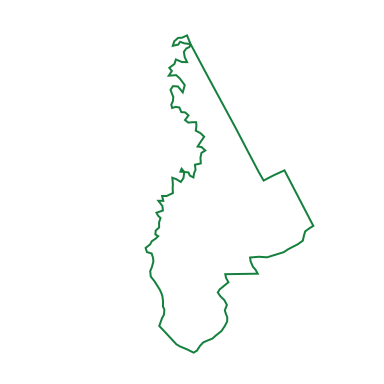 Nova Santa Rosa, Paraná, Brazil, rotated 62°
{"feature_id": "56859067B51788434732632", "entity_name": "Nova Santa Rosa", "entity_type": "district", "adm_level": 2, "iso_a3": "BRA", "parent_name": "Brazil", "parent_adm1": "Paraná", "projection": "orthographic", "projection_center": [-53.986, -24.449], "detail": "fine", "context": "isolated", "style": "outline", "palette": "green", "viewbox_px": 384, "rotation_deg": 62, "n_neighbors": 0, "source": "geoboundaries", "source_scale": "gbopen_adm2", "svg_char_len": 2020}
<svg xmlns="http://www.w3.org/2000/svg" viewBox="0 0 384 384"><g transform="rotate(62 192 192)"><path d="M193.6,233.1L196.9,233.1L200.2,232.0L203.3,235.3L207.9,237.7L209.0,242.1L212.3,244.3L215.1,242.6L216.1,245.9L216.6,250.6L218.6,253.6L219.6,259.2L223.9,260.0L227.3,256.5L231.9,257.3L235.2,258.7L239.5,262.7L242.3,266.1L247.3,268.1L253.3,267.0L262.9,266.3L266.9,266.5L270.2,267.1L275.0,268.9L279.5,271.4L282.8,271.6L287.0,274.2L289.6,278.0L294.9,283.8L306.2,280.7L319.1,277.3L322.7,275.1L328.9,270.0L334.6,266.0L334.4,262.2L331.5,256.9L330.1,252.7L330.4,248.3L331.0,242.8L329.8,237.8L328.6,231.3L325.7,225.9L322.8,221.7L319.2,219.7L315.7,219.3L311.9,218.6L308.1,214.2L302.6,214.2L297.4,215.9L292.8,216.4L291.0,213.3L289.7,206.9L288.8,202.2L283.9,202.3L280.2,201.2L295.0,172.3L290.3,172.4L286.8,173.3L280.8,172.8L277.1,171.5L280.6,163.3L284.9,156.4L288.2,139.2L287.7,134.3L287.7,129.1L287.8,123.0L287.0,117.0L282.9,113.5L279.9,110.5L279.1,105.0L278.9,100.8L216.3,100.2L215.6,112.1L215.5,123.4L205.4,123.7L183.4,123.6L155.3,123.4L112.8,123.7L93.6,123.8L60.7,123.8L62.8,126.3L62.6,129.7L64.5,133.4L69.4,135.1L75.0,135.4L72.6,139.8L67.4,144.0L70.7,147.4L71.7,153.7L75.7,153.0L78.4,157.9L81.4,151.1L85.9,149.5L94.2,148.2L99.7,153.4L92.2,154.9L89.6,159.1L91.8,163.1L99.3,163.9L102.8,166.2L105.2,169.3L108.5,170.1L109.1,166.6L111.4,163.5L116.4,163.9L118.5,160.7L122.7,159.1L125.2,164.4L129.0,162.7L130.6,158.8L132.3,155.6L135.8,157.1L139.6,159.9L143.8,157.0L148.9,155.3L152.1,161.4L154.5,165.7L156.9,162.4L161.6,160.8L161.9,165.3L165.6,168.4L170.9,170.8L169.3,176.6L174.0,178.4L176.3,181.3L179.8,183.9L176.5,186.2L173.1,185.9L170.7,189.4L175.7,193.0L177.9,197.2L173.2,199.9L170.2,202.7L176.3,205.3L179.6,207.3L184.0,209.4L183.6,216.3L181.5,220.3L186.3,221.5L184.0,225.8L190.5,224.7L194.7,226.4L193.6,233.1ZM60.7,123.8L51.4,122.9L51.1,128.3L49.4,132.0L50.6,136.9L53.9,140.3L55.4,134.9L53.8,132.0L57.2,128.9L60.7,123.8ZM170.7,189.4L166.6,190.3L168.6,192.7L170.7,189.4Z" fill="none" stroke="#15803d" stroke-width="2"/></g></svg>